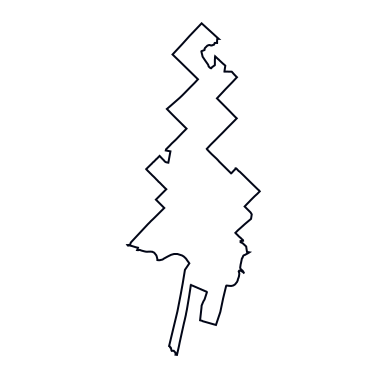 Plataresti, Calarasi, Romania (Equal Earth projection), rotated 313°
{"feature_id": "2599482B2519283515230", "entity_name": "Plataresti", "entity_type": "district", "adm_level": 2, "iso_a3": "ROU", "parent_name": "Romania", "parent_adm1": "Calarasi", "projection": "equal_earth", "projection_center": [26.411, 44.363], "detail": "fine", "context": "isolated", "style": "outline", "palette": "ink", "viewbox_px": 384, "rotation_deg": 313, "n_neighbors": 0, "source": "geoboundaries", "source_scale": "gbopen_adm2", "svg_char_len": 5878}
<svg xmlns="http://www.w3.org/2000/svg" viewBox="0 0 384 384"><g transform="rotate(313 192 192)"><path d="M173.4,276.3L175.2,275.2L177.5,273.8L178.1,273.8L178.4,273.8L179.0,273.5L180.1,273.1L180.4,273.0L180.5,273.0L180.8,273.0L181.0,273.1L181.3,273.2L181.9,273.5L182.3,273.7L182.8,273.8L183.3,274.0L185.1,274.6L186.2,274.9L187.0,275.1L185.7,273.1L187.0,271.4L188.6,269.4L189.1,268.8L189.1,266.1L189.1,264.4L188.8,262.7L188.4,261.8L189.2,261.0L190.8,262.3L191.2,262.6L191.3,262.5L191.5,262.2L191.6,261.9L191.6,261.5L191.5,261.2L191.5,260.8L191.6,259.4L191.5,257.1L191.5,255.7L191.6,255.0L191.6,254.1L191.6,253.0L191.7,251.6L195.4,251.7L198.4,252.0L204.1,252.5L206.8,252.8L212.6,253.5L214.4,252.3L216.4,250.9L217.0,248.8L217.3,240.4L220.1,240.4L224.2,240.5L225.9,240.5L231.7,240.7L232.5,240.8L234.0,240.9L234.8,241.0L238.1,241.1L238.7,241.1L238.9,239.4L238.8,238.8L239.0,228.8L239.2,221.8L239.3,218.8L239.4,213.0L239.4,212.8L239.2,212.2L239.2,211.9L239.2,211.4L239.4,208.8L239.4,208.5L239.3,208.0L239.0,207.7L238.4,208.0L238.1,208.0L237.7,208.1L237.1,208.0L232.6,208.0L232.3,207.9L232.8,190.5L232.9,190.3L233.0,189.5L233.0,188.6L233.1,187.7L233.1,186.4L233.1,185.1L233.1,182.5L233.1,181.4L233.1,180.6L233.2,178.0L233.3,175.9L233.4,175.1L233.4,174.2L233.6,173.4L233.9,173.4L239.5,173.4L247.1,173.7L251.6,173.8L256.6,174.0L262.6,174.1L265.8,174.2L272.2,174.4L276.4,174.5L276.4,172.0L276.8,164.1L277.2,154.3L277.3,150.9L277.5,146.4L290.5,146.4L299.8,146.6L306.6,146.6L306.6,145.8L306.7,143.6L306.7,142.9L306.8,142.6L306.8,141.8L306.9,141.2L307.1,139.1L306.9,138.8L302.2,133.6L302.3,133.5L307.1,130.2L307.1,128.8L307.0,127.2L307.0,126.1L307.0,124.3L307.0,123.5L307.0,122.1L307.1,121.4L307.0,120.5L307.0,119.2L307.0,116.4L306.2,116.9L305.4,117.7L304.9,118.1L304.2,118.6L303.6,119.2L302.0,120.7L300.6,122.0L300.3,122.2L300.1,122.2L298.8,121.9L297.2,121.6L296.5,121.5L296.1,121.6L295.7,121.7L295.4,121.4L295.2,120.8L295.1,119.9L295.2,118.5L295.7,117.7L296.1,116.9L297.1,112.2L297.9,108.8L298.1,107.8L298.3,107.3L299.0,106.3L300.5,104.0L301.2,103.0L301.5,102.9L304.1,104.2L304.4,104.3L304.6,104.2L305.4,103.5L306.2,103.3L308.8,103.4L309.4,103.4L309.8,103.6L310.4,103.8L310.8,104.1L311.2,104.3L311.3,104.4L311.4,104.6L311.6,104.9L311.8,105.2L311.9,105.4L311.9,105.6L312.0,105.8L312.2,106.0L312.4,106.3L312.7,106.4L312.8,106.6L313.0,106.6L313.4,106.8L313.5,106.9L313.7,107.0L313.9,107.1L314.5,107.5L314.9,107.6L316.0,107.1L316.3,107.0L316.6,107.0L316.8,107.2L318.1,108.7L318.9,108.0L319.0,107.8L321.1,106.1L321.4,106.2L322.2,107.1L321.9,84.0L304.5,83.8L293.5,84.0L279.3,84.0L279.1,94.9L278.5,119.5L276.0,119.5L273.6,119.5L270.3,119.4L268.0,119.3L263.6,119.2L255.9,119.0L252.6,118.8L246.7,118.2L241.8,117.7L235.6,117.0L235.5,119.1L235.3,123.2L235.1,128.4L234.9,135.1L234.6,144.8L228.5,144.6L219.4,144.5L213.6,144.1L210.7,144.1L205.6,143.9L204.5,144.5L207.0,148.5L197.3,154.7L196.5,153.5L195.9,152.3L195.8,151.4L195.8,150.9L195.9,150.3L196.0,149.8L196.0,148.3L196.3,143.7L192.1,143.6L191.7,143.5L191.4,143.4L191.1,143.5L187.7,143.4L187.0,143.2L185.5,143.3L184.3,143.2L177.5,142.9L177.4,143.5L177.4,144.5L177.3,145.2L177.3,145.8L177.3,146.7L177.2,148.2L177.2,149.0L177.2,149.4L177.2,149.6L177.1,151.7L177.1,153.8L177.0,156.1L176.9,157.1L176.9,158.0L176.8,159.8L176.7,160.3L176.7,160.6L176.7,160.8L176.8,161.6L176.7,164.2L176.6,165.8L176.6,166.1L176.6,167.2L176.5,168.2L176.5,168.5L176.5,169.5L176.5,170.9L176.5,171.3L161.8,170.8L161.4,182.6L147.7,182.1L145.6,182.0L144.2,181.9L142.6,181.8L140.9,181.8L138.3,181.7L126.0,181.7L119.0,181.7L117.7,181.7L113.6,181.7L113.1,181.8L111.9,182.4L111.1,182.7L110.0,181.7L109.3,181.1L109.2,181.0L109.1,181.4L109.1,181.6L109.2,181.8L109.4,181.9L110.0,182.5L110.3,182.7L110.6,183.2L111.2,184.4L111.6,185.1L113.4,188.8L114.4,190.5L112.8,191.3L112.1,191.5L112.3,191.8L113.2,192.7L113.9,193.1L114.1,193.5L114.7,195.0L115.6,196.7L116.2,197.8L117.0,199.1L117.7,199.9L118.7,200.9L119.9,202.1L120.6,203.0L121.1,203.5L121.4,204.4L121.7,205.2L121.8,205.7L121.8,206.1L121.6,207.4L121.4,208.6L121.4,208.9L121.3,209.1L121.0,209.8L120.5,210.6L119.8,211.7L119.3,212.4L118.8,212.9L118.6,213.1L118.8,213.4L119.5,214.3L120.2,215.0L120.9,215.4L121.7,216.0L122.5,216.5L123.2,216.7L123.9,216.8L127.9,218.1L129.8,218.8L131.9,219.6L134.5,221.2L136.7,223.6L138.8,228.0L139.2,230.0L139.2,231.9L139.2,232.7L139.0,234.0L138.9,234.1L138.5,236.1L138.3,237.3L138.0,238.7L131.7,239.7L130.3,239.9L120.7,246.3L118.9,247.5L109.4,253.6L97.1,261.3L94.5,262.9L88.5,266.3L79.3,271.5L64.8,279.7L63.7,280.3L63.9,281.2L63.8,281.4L63.4,282.0L63.7,282.6L63.6,282.8L63.3,283.3L62.6,284.4L62.1,285.1L62.0,285.5L62.5,286.0L63.4,286.9L63.2,289.4L62.9,289.6L62.8,290.1L62.6,290.5L61.8,290.9L62.6,292.1L70.5,287.5L73.4,285.7L82.7,280.2L90.0,275.9L91.2,275.2L92.5,274.5L98.0,271.3L98.7,270.8L102.6,268.4L105.8,266.3L113.8,261.0L121.0,256.1L123.1,254.6L123.3,254.6L123.3,254.9L124.1,256.9L128.3,268.8L129.0,270.6L129.0,271.0L128.8,271.3L121.9,274.5L119.9,274.9L117.9,275.6L115.5,276.5L113.9,277.8L106.1,283.6L103.7,285.4L104.7,287.3L104.8,287.6L104.9,288.2L105.3,288.9L109.7,297.5L111.1,300.2L122.1,295.2L123.6,294.5L124.6,293.9L135.3,287.4L146.1,281.3L146.8,281.0L147.0,281.0L147.4,281.4L149.2,283.8L150.3,285.0L150.8,285.3L151.7,285.9L152.0,286.0L153.0,286.3L153.9,286.5L155.2,286.4L156.1,286.3L156.8,286.3L157.4,286.1L158.8,285.6L159.1,285.3L160.0,284.9L160.8,284.6L162.5,283.8L163.1,283.3L163.6,283.0L164.3,282.5L164.8,282.0L165.6,280.7L165.7,280.4L165.9,280.3L166.4,280.2L166.8,280.2L167.0,280.4L167.2,280.8L167.8,281.7L167.9,281.9L167.9,282.1L167.9,282.4L167.9,282.6L168.0,282.8L168.1,283.0L168.2,283.3L168.2,284.5L168.2,284.9L168.3,284.9L168.6,284.1L168.7,283.6L168.8,283.3L168.9,282.8L168.9,282.6L168.9,281.9L168.8,281.1L168.8,280.8L168.9,280.4L168.9,280.2L169.0,279.9L169.1,279.5L169.3,279.2L169.5,278.9L169.7,278.7L172.3,276.9L173.4,276.3Z" fill="none" stroke="#020617" stroke-width="2"/></g></svg>